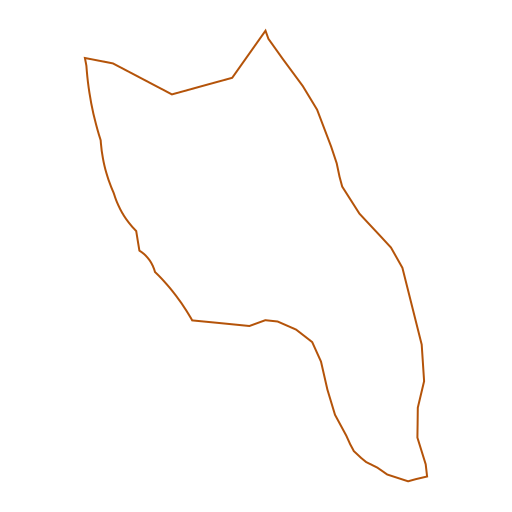 outline of Dumyat 2, Dumyat, Egypt
{"feature_id": "37247803B80860993707274", "entity_name": "Dumyat 2", "entity_type": "district", "adm_level": 2, "iso_a3": "EGY", "parent_name": "Egypt", "parent_adm1": "Dumyat", "projection": "equal_earth", "projection_center": [31.811, 31.425], "detail": "fine", "context": "isolated", "style": "outline", "palette": "amber", "viewbox_px": 512, "rotation_deg": 0, "n_neighbors": 0, "source": "geoboundaries", "source_scale": "gbopen_adm2", "svg_char_len": 1818}
<svg xmlns="http://www.w3.org/2000/svg" viewBox="0 0 512 512"><path d="M84.9,58.0L85.8,62.6L86.1,64.2L86.4,65.9L86.8,71.0L87.3,76.4L87.9,81.8L88.6,87.2L89.4,92.6L90.3,97.9L91.2,103.2L92.3,108.5L93.4,113.8L94.7,119.0L96.0,124.2L97.4,129.4L98.9,134.6L100.5,139.7L100.7,140.5L100.9,143.3L101.3,147.0L101.7,150.8L102.3,154.5L102.9,158.2L103.6,161.9L104.4,165.5L105.3,169.2L106.3,172.7L107.4,176.3L108.5,179.8L109.8,183.3L111.1,186.8L112.5,190.2L113.5,192.5L114.0,193.9L114.7,196.0L114.9,196.7L115.4,198.1L115.9,199.5L117.0,202.3L117.6,203.6L118.2,205.0L119.5,207.7L120.1,209.0L120.8,210.3L122.2,212.9L123.0,214.1L123.7,215.4L125.3,217.8L126.1,219.0L127.0,220.2L128.7,222.5L129.6,223.6L130.5,224.7L132.3,226.9L134.3,229.0L135.2,230.0L136.2,231.0L138.1,242.8L139.4,250.6L139.5,250.7L139.9,251.0L141.0,251.7L142.4,252.7L143.1,253.3L143.8,253.8L145.2,255.1L145.8,255.7L146.4,256.4L147.6,257.7L148.2,258.5L148.8,259.2L149.9,260.7L150.4,261.5L150.9,262.3L151.8,263.9L152.2,264.8L152.7,265.6L153.4,267.4L153.8,268.3L154.1,269.1L154.7,271.0L155.0,272.0L158.4,275.3L161.5,278.5L164.5,281.8L167.5,285.2L170.4,288.6L173.2,292.1L176.0,295.7L178.7,299.4L181.4,303.1L183.9,306.9L186.4,310.7L188.8,314.6L191.2,318.6L192.2,320.4L218.1,322.9L249.4,326.0L265.3,320.2L277.6,321.5L296.1,329.6L312.2,342.1L321.0,361.6L327.4,389.6L335.0,414.8L346.3,435.7L349.3,442.3L350.1,444.1L353.1,449.7L353.8,451.1L361.2,458.0L366.2,462.1L377.3,467.6L387.2,474.5L408.1,481.3L412.0,480.2L416.0,479.1L427.1,476.5L425.7,464.3L417.4,437.6L417.6,424.3L417.8,407.7L424.1,381.2L421.7,344.6L402.4,267.8L391.0,247.6L379.0,234.6L367.2,222.0L359.4,213.6L342.2,186.6L339.5,176.6L336.7,163.3L331.1,146.5L317.1,109.7L302.8,86.1L282.8,59.0L268.4,38.8L265.5,30.7L232.2,77.8L208.5,84.3L171.9,94.4L112.9,63.4L84.9,58.0Z" fill="none" stroke="#b45309" stroke-width="2"/></svg>